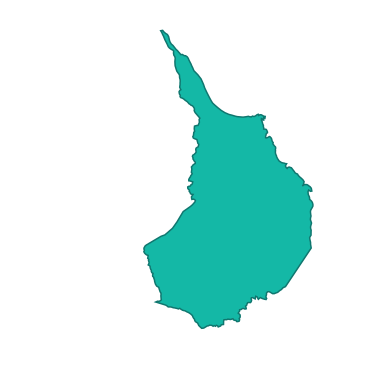 Manaus, Amazonas, Brazil (Albers equal-area conic projection), rotated 223°
{"feature_id": "56859067B19740066792798", "entity_name": "Manaus", "entity_type": "district", "adm_level": 2, "iso_a3": "BRA", "parent_name": "Brazil", "parent_adm1": "Amazonas", "projection": "albers", "projection_center": [-60.096, -2.573], "detail": "fine", "context": "isolated", "style": "filled", "palette": "teal", "viewbox_px": 384, "rotation_deg": 223, "n_neighbors": 0, "source": "geoboundaries", "source_scale": "gbopen_adm2", "svg_char_len": 6020}
<svg xmlns="http://www.w3.org/2000/svg" viewBox="0 0 384 384"><g transform="rotate(223 192 192)"><path d="M292.9,286.0L293.9,284.8L295.5,285.1L297.0,285.2L299.1,285.5L300.7,285.4L305.9,286.2L308.1,286.1L310.5,286.8L311.8,287.5L315.1,289.7L317.4,290.4L319.4,290.0L321.4,289.9L323.7,290.2L324.9,288.6L322.8,288.0L320.5,287.0L319.5,286.7L315.7,284.9L311.0,283.2L308.5,282.1L306.7,281.9L304.2,282.2L302.9,282.7L301.6,282.6L300.2,280.9L298.6,279.7L297.0,279.3L295.6,278.5L293.6,275.9L291.8,274.1L290.4,272.8L288.5,271.7L286.6,270.6L285.4,270.0L284.1,269.7L282.5,269.4L281.1,269.1L280.0,268.1L279.1,267.2L277.2,266.0L276.1,264.9L275.1,263.6L274.2,262.7L272.4,260.2L269.9,259.2L270.2,258.0L269.9,256.6L268.9,255.7L267.8,255.0L266.6,254.8L265.9,253.7L264.8,253.3L263.6,253.8L262.4,254.2L261.1,254.4L259.7,254.4L258.4,254.6L257.1,254.8L255.8,254.7L254.4,254.5L253.1,254.8L251.8,254.8L250.5,255.4L249.1,255.2L247.8,254.9L246.7,254.3L246.1,253.2L245.0,252.6L243.7,252.2L236.6,251.4L236.3,250.0L235.3,249.0L234.2,248.1L233.7,246.9L233.0,244.8L233.9,243.9L235.1,241.9L234.3,240.8L233.4,239.7L232.4,238.9L231.4,238.1L231.4,236.9L229.5,234.3L229.2,233.1L228.0,232.4L226.8,232.6L225.6,233.1L224.2,233.7L223.1,233.0L222.0,232.3L220.9,231.6L219.6,231.5L218.3,229.3L218.7,228.1L218.9,226.8L218.3,225.7L216.2,224.0L216.0,222.7L216.1,220.7L216.5,219.4L216.0,218.3L214.7,217.8L213.8,216.8L212.4,216.5L211.3,216.1L210.0,216.1L209.1,215.1L209.4,213.9L209.7,212.6L209.5,211.2L209.5,209.9L208.2,209.0L207.3,208.1L206.6,207.0L205.8,205.9L204.5,205.7L204.1,204.5L204.0,203.1L203.5,201.7L203.3,200.2L202.9,199.0L202.0,198.0L200.8,198.8L199.6,199.4L198.4,199.9L197.7,198.8L197.2,197.4L197.7,196.3L197.3,195.1L198.2,194.0L198.6,192.8L197.7,191.9L196.4,191.5L195.1,191.6L194.4,190.5L193.1,190.4L191.9,189.7L190.7,190.1L189.6,190.9L189.1,188.1L188.1,187.2L187.0,186.5L186.2,187.7L185.0,188.2L183.7,188.1L183.1,186.8L183.0,183.8L183.0,182.8L183.3,180.2L185.1,171.7L182.5,159.6L182.3,157.9L181.8,154.5L181.5,152.1L182.6,142.0L183.7,140.0L184.5,138.3L189.2,122.3L189.5,120.8L189.0,118.5L188.3,117.5L187.1,117.0L186.5,115.5L185.1,115.0L183.7,114.9L182.4,115.0L180.8,115.7L180.0,114.6L179.2,113.3L177.8,113.3L177.0,112.1L175.5,111.4L174.7,110.2L174.3,108.8L173.0,109.1L172.0,109.1L171.0,108.1L169.7,107.4L168.4,107.0L167.5,106.1L166.3,105.6L165.0,105.9L164.2,104.4L163.2,103.5L161.9,103.5L160.9,102.8L159.5,102.1L158.3,101.1L155.9,99.7L153.7,99.1L151.3,99.6L149.9,98.7L147.3,97.3L145.8,96.9L144.8,96.0L144.0,94.9L141.9,93.0L140.9,92.2L141.0,90.9L141.5,89.6L142.7,88.7L143.5,86.8L134.0,91.4L132.3,91.7L131.1,91.7L129.6,93.1L128.4,93.9L126.9,94.5L125.8,95.3L123.4,96.7L122.2,97.2L121.6,98.6L120.2,98.7L118.3,99.1L117.1,99.7L116.0,100.4L114.1,100.8L112.9,101.3L111.3,101.7L109.7,101.9L107.5,101.9L106.3,101.3L104.8,100.8L103.6,100.7L102.5,100.0L101.2,99.5L98.5,100.0L97.3,99.5L96.1,99.0L94.9,98.9L92.0,98.9L90.6,100.5L89.5,104.4L88.7,105.4L88.3,106.6L87.3,107.5L86.2,108.1L85.0,108.2L84.7,109.4L83.3,109.8L83.3,111.1L82.0,111.6L80.8,111.2L79.7,113.5L80.0,114.9L78.6,116.6L79.9,118.1L80.8,119.1L81.5,120.3L80.7,121.3L79.6,122.2L79.1,123.4L78.1,124.2L77.0,124.9L76.3,126.0L75.6,127.2L74.4,126.8L73.2,127.3L72.1,128.1L71.0,127.7L70.0,128.6L69.4,129.8L70.1,131.1L71.2,131.7L71.3,133.0L72.0,134.0L73.0,134.9L74.2,135.0L75.6,134.9L76.0,137.4L76.9,138.4L75.9,139.7L75.7,141.1L74.7,142.1L73.4,142.5L72.7,143.6L73.8,144.4L75.0,145.0L74.8,146.5L75.4,147.6L75.8,149.0L75.0,150.0L73.8,151.0L73.9,152.2L74.6,153.5L75.9,154.1L76.4,155.2L75.6,156.1L72.9,156.9L73.6,158.0L74.3,159.2L72.9,159.7L71.6,159.2L70.3,158.8L70.2,160.1L69.9,161.5L68.2,161.9L65.7,163.1L64.5,163.9L64.8,165.1L66.0,165.4L66.9,166.3L67.4,167.6L68.6,168.9L68.7,170.5L67.7,171.7L66.3,172.1L63.8,172.6L62.5,173.8L61.9,175.2L61.2,176.4L60.8,177.6L60.7,179.0L60.5,180.2L60.1,181.5L60.1,184.2L59.1,186.5L66.6,232.3L69.7,234.7L70.6,235.7L71.6,236.5L72.9,237.3L74.8,238.8L75.2,240.1L75.5,241.6L76.8,243.0L78.9,245.4L80.2,246.1L81.5,247.3L82.2,248.5L83.4,250.8L85.2,251.8L86.4,252.4L87.5,253.7L88.6,255.6L89.7,256.4L91.9,258.3L92.8,259.7L93.5,262.7L93.9,264.0L94.8,265.1L95.9,265.9L97.0,266.5L98.3,266.8L99.6,266.9L100.9,266.8L101.9,267.8L102.9,268.5L105.3,269.5L106.3,270.4L107.3,271.2L108.0,273.0L105.8,273.3L105.0,274.4L107.3,276.1L109.3,276.4L110.5,276.2L111.7,276.1L113.0,275.8L114.0,274.9L115.0,274.1L115.0,273.6L115.1,272.9L115.2,272.2L115.4,271.7L115.5,272.5L115.5,273.2L115.5,273.7L116.5,274.7L116.9,275.9L118.1,276.3L119.3,276.6L120.6,276.6L121.9,276.6L123.2,276.5L124.5,276.5L125.9,276.7L127.1,277.1L128.3,276.6L129.7,276.3L131.0,276.7L134.6,277.3L135.8,277.5L138.0,276.5L138.6,275.3L138.5,274.1L139.8,274.1L141.5,274.8L142.1,277.2L143.2,276.4L144.4,275.9L145.4,275.2L146.6,274.6L149.2,274.1L151.7,274.6L152.8,275.0L154.2,275.5L155.1,276.2L156.3,276.6L157.4,277.3L158.3,278.1L159.1,279.2L160.1,280.0L160.7,281.2L161.7,281.9L163.1,281.9L165.7,282.4L166.3,283.5L167.5,283.7L168.7,284.2L169.7,285.0L170.8,285.5L172.7,285.6L173.3,285.3L173.5,284.3L173.9,283.2L174.5,282.3L175.2,281.9L175.6,282.4L176.3,283.1L176.7,284.1L177.3,285.0L177.5,285.7L177.2,286.8L177.8,287.4L179.1,288.0L180.3,288.4L181.4,287.8L182.5,286.9L183.3,287.9L184.4,288.5L185.3,289.5L186.5,289.9L187.6,290.6L188.7,291.3L190.3,291.9L191.3,293.1L190.3,293.5L189.7,293.3L189.3,293.1L188.6,293.5L189.0,294.0L190.4,295.4L189.0,295.7L190.0,297.2L191.2,296.4L192.4,296.1L193.8,295.8L195.0,294.9L195.4,293.5L196.6,294.0L197.2,292.6L197.4,291.1L197.8,290.2L198.1,289.5L199.5,288.8L199.9,287.3L201.3,286.3L202.4,285.8L203.2,284.7L204.1,283.5L205.7,281.6L207.7,280.0L210.3,278.0L211.8,277.1L215.6,275.2L216.6,274.6L218.2,273.8L219.7,273.3L221.8,272.5L226.3,271.6L230.1,271.3L232.2,271.2L235.0,271.1L237.6,271.1L240.2,271.8L243.5,272.9L246.3,273.9L249.5,275.1L253.8,276.8L256.5,278.3L259.2,279.5L262.6,280.9L265.2,281.3L267.4,281.7L269.0,281.8L271.2,281.9L273.3,282.0L274.9,282.7L276.4,283.4L278.1,284.0L280.0,284.9L284.2,286.4L285.9,287.2L287.7,287.6L289.6,287.3L290.7,286.4L292.9,286.0Z" fill="#14b8a6" stroke="#0f766e" stroke-width="1.5"/></g></svg>